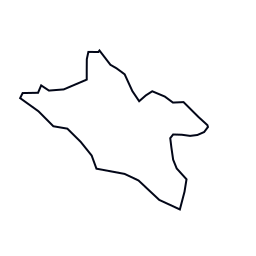 Grästorp, Västra Götaland, Sweden, rotated 229°
{"feature_id": "70781695B12491812596610", "entity_name": "Grästorp", "entity_type": "district", "adm_level": 2, "iso_a3": "SWE", "parent_name": "Sweden", "parent_adm1": "Västra Götaland", "projection": "natural_earth1", "projection_center": [12.708, 58.339], "detail": "fine", "context": "isolated", "style": "outline", "palette": "ink", "viewbox_px": 256, "rotation_deg": 229, "n_neighbors": 0, "source": "geoboundaries", "source_scale": "gbopen_adm2", "svg_char_len": 699}
<svg xmlns="http://www.w3.org/2000/svg" viewBox="0 0 256 256"><g transform="rotate(229 128 128)"><path d="M217.1,90.4L213.6,83.2L223.5,71.4L221.3,66.2L199.3,71.4L178.3,72.8L167.3,81.8L148.6,83.2L131.0,82.5L118.0,77.5L95.6,95.3L81.5,101.5L53.2,104.4L32.5,113.7L42.8,128.8L50.9,138.5L65.5,138.2L74.5,141.3L84.9,148.0L92.6,153.2L93.5,157.8L87.6,164.2L81.3,169.7L77.2,175.8L75.0,182.8L76.3,189.0L78.1,189.8L90.1,188.4L111.1,186.9L117.7,178.6L127.6,176.4L139.8,170.4L140.9,162.9L140.9,154.0L153.0,155.5L170.7,160.7L180.6,158.5L187.2,156.2L205.2,157.3L204.8,155.5L211.4,148.0L207.0,142.1L199.3,135.3L191.6,128.6L199.3,104.8L208.1,92.9L217.1,90.4Z" fill="none" stroke="#020617" stroke-width="2"/></g></svg>